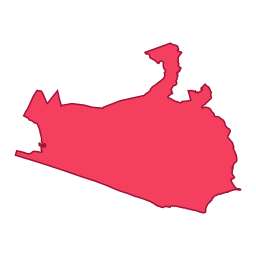 outline of Copala, Guerrero, Mexico
{"feature_id": "50627088B65029652077397", "entity_name": "Copala", "entity_type": "district", "adm_level": 2, "iso_a3": "MEX", "parent_name": "Mexico", "parent_adm1": "Guerrero", "projection": "orthographic", "projection_center": [-98.906, 16.624], "detail": "fine", "context": "isolated", "style": "filled", "palette": "rose", "viewbox_px": 256, "rotation_deg": 0, "n_neighbors": 0, "source": "geoboundaries", "source_scale": "gbopen_adm2", "svg_char_len": 5745}
<svg xmlns="http://www.w3.org/2000/svg" viewBox="0 0 256 256"><path d="M205.2,84.2L203.3,85.8L203.0,86.5L202.8,87.1L202.4,87.4L201.9,87.3L201.1,88.1L201.1,88.7L201.1,88.9L201.4,88.8L201.7,88.9L202.2,89.1L202.3,89.4L202.3,89.7L201.6,90.0L201.3,90.3L201.2,91.1L201.1,91.3L200.6,91.7L200.4,91.7L200.0,91.5L199.8,91.6L199.7,91.8L199.1,92.1L198.9,92.3L198.0,92.7L197.5,92.7L197.3,92.6L197.3,92.2L197.1,91.9L196.8,92.3L196.3,92.3L196.1,92.6L195.8,92.7L195.6,92.5L195.3,91.8L195.3,91.1L195.2,90.9L194.5,91.1L194.2,91.5L193.9,91.3L192.6,90.9L192.2,90.6L190.7,90.5L190.1,90.8L189.2,90.7L188.2,90.7L189.6,95.6L190.8,100.3L187.3,101.1L182.1,101.4L181.6,102.3L180.9,102.7L179.6,102.7L177.4,101.7L176.2,101.6L175.0,101.1L172.7,99.9L171.1,98.9L169.8,98.2L168.8,98.1L168.1,97.4L167.8,97.1L167.7,96.9L167.9,96.7L168.2,96.6L168.2,96.4L168.9,95.5L169.2,95.5L169.4,95.2L169.8,95.2L169.9,94.8L171.4,93.8L172.6,93.6L172.6,93.4L172.2,93.3L171.9,93.0L171.6,92.7L172.1,91.9L171.9,91.6L171.6,90.7L171.0,89.8L171.0,89.4L172.0,88.0L172.9,86.2L173.9,85.5L174.8,85.5L175.2,85.1L175.8,85.0L176.9,83.1L176.6,82.2L175.9,80.9L176.7,79.6L177.0,78.8L177.1,77.3L177.7,76.4L177.9,76.0L177.5,75.5L177.3,74.9L177.0,74.5L177.0,74.2L177.0,73.9L177.3,73.7L177.5,73.7L177.4,73.5L177.1,73.3L177.1,73.2L177.4,73.0L177.0,72.7L177.6,72.1L177.8,72.1L177.8,71.8L177.9,71.6L178.3,71.5L178.5,71.5L178.7,71.8L179.1,71.4L179.1,71.0L179.5,71.0L179.4,70.5L179.7,70.4L179.8,70.1L180.2,69.9L180.3,69.2L181.0,68.2L180.7,68.0L180.2,68.0L180.1,67.4L178.3,65.8L178.2,65.6L178.9,63.9L178.6,63.1L178.2,62.5L177.8,62.4L177.7,62.2L177.6,61.9L177.6,61.7L178.3,61.0L178.2,57.2L181.5,52.8L181.6,52.5L180.7,51.8L180.3,51.7L179.8,51.8L178.7,51.3L178.2,50.9L177.8,50.8L177.6,50.7L177.6,50.1L178.0,50.0L178.4,49.7L178.5,49.6L178.5,48.8L177.9,47.6L177.9,47.0L177.5,46.3L177.1,45.8L171.9,44.2L171.4,43.8L171.0,43.6L170.4,43.2L145.0,52.4L145.2,52.9L145.8,53.7L146.3,54.0L147.6,53.8L148.2,54.0L149.2,54.7L149.6,55.4L149.8,57.1L150.4,58.0L152.4,59.0L153.1,59.5L154.8,60.4L156.0,61.4L157.6,63.0L158.1,63.4L158.7,63.4L159.1,63.0L159.8,61.6L160.3,61.2L160.7,61.1L161.6,61.0L162.7,61.7L163.3,62.4L163.5,63.0L163.4,63.5L163.3,64.1L163.2,65.5L163.6,67.7L164.1,68.8L164.5,69.3L165.0,69.8L165.6,70.9L165.3,71.8L164.5,72.4L164.3,72.8L164.3,73.2L164.8,74.0L164.8,75.6L164.6,76.8L163.9,77.6L163.8,78.3L162.7,79.1L160.5,81.0L158.5,82.4L155.5,85.0L154.8,85.3L153.2,86.3L152.3,87.0L151.5,88.1L150.6,89.1L150.6,89.7L150.3,90.4L148.1,92.4L147.4,92.7L146.7,93.4L145.6,94.0L144.9,94.7L144.5,95.4L120.1,100.8L103.3,107.3L103.0,108.2L92.4,107.3L84.5,105.2L71.9,103.6L61.7,105.4L61.4,105.9L59.2,98.3L57.5,90.7L47.3,103.5L46.8,102.9L43.2,94.4L41.5,91.4L41.0,91.0L38.3,90.7L37.1,90.4L33.6,95.7L27.5,109.1L25.9,111.3L25.5,112.0L24.7,114.0L23.6,115.8L28.1,118.1L29.5,120.1L31.1,120.4L32.2,121.0L33.2,121.4L33.9,122.6L37.0,123.4L37.8,125.0L39.6,129.5L40.3,133.0L41.3,137.0L41.6,139.2L41.6,140.7L41.4,141.7L42.0,142.7L42.4,142.9L42.7,143.8L42.9,144.4L43.2,144.6L43.6,146.2L44.0,146.7L44.6,146.7L44.8,146.6L45.1,146.3L45.0,145.0L44.9,144.4L44.7,144.1L44.7,143.8L44.9,143.9L45.3,144.2L45.6,144.6L45.7,145.1L45.5,145.9L45.2,146.7L44.8,147.0L44.2,147.1L43.3,147.2L42.7,146.6L42.4,145.9L41.5,144.6L40.9,144.1L39.2,143.2L39.1,143.8L39.4,145.6L40.6,146.0L41.1,146.5L41.2,148.4L41.5,149.2L41.1,150.0L41.3,150.5L41.8,150.8L42.2,151.2L41.9,151.8L40.9,152.3L40.5,152.3L38.1,151.8L34.4,151.3L33.2,151.5L32.3,152.0L31.2,153.1L30.1,153.6L28.9,153.8L26.8,153.6L24.7,152.7L19.7,151.4L16.7,150.8L15.4,155.2L38.0,162.1L47.7,165.2L64.9,170.9L72.9,173.7L81.9,176.8L94.6,180.9L108.8,186.2L112.5,188.0L118.9,190.6L121.7,191.5L124.2,192.4L126.6,193.0L133.1,195.6L135.9,196.6L138.3,197.2L143.2,198.8L148.6,200.9L149.8,201.2L150.6,201.6L150.9,201.8L151.5,202.2L152.3,202.6L154.4,203.9L155.6,204.8L156.4,205.1L157.7,206.0L158.9,206.2L161.4,207.2L162.5,207.4L163.6,207.4L164.1,206.9L164.5,206.6L166.3,206.5L167.9,206.7L168.2,207.0L170.2,207.1L170.4,206.1L171.1,206.0L174.6,206.1L177.0,206.3L178.6,206.8L183.6,207.9L185.6,208.0L186.9,208.7L189.7,209.1L190.2,209.2L190.9,209.6L194.7,210.3L197.8,211.1L199.6,211.9L202.7,212.7L203.8,212.8L204.9,212.5L205.4,212.1L205.6,211.7L205.8,208.4L206.2,207.2L207.0,205.7L207.4,204.8L208.0,203.8L209.1,202.4L209.7,202.4L210.1,201.9L210.2,201.4L210.5,200.9L210.8,200.6L211.4,200.5L211.9,200.0L211.9,199.4L212.0,199.0L212.6,198.5L213.3,197.2L214.9,195.8L215.7,195.5L216.5,195.4L216.7,195.0L219.0,194.2L219.6,194.3L220.8,193.9L224.2,192.8L226.6,192.2L227.1,192.3L228.0,192.1L228.1,191.7L229.5,191.3L232.1,190.3L233.5,189.9L235.9,189.5L239.2,190.0L240.4,190.0L240.6,189.6L240.4,189.3L239.6,188.9L236.3,188.6L234.0,185.8L231.8,182.3L230.9,179.4L233.2,178.7L234.5,177.5L233.5,175.8L232.5,174.7L232.0,172.2L233.0,167.6L232.1,167.8L233.2,165.8L233.9,163.6L235.8,162.1L236.7,160.8L236.8,158.6L236.2,155.2L235.2,152.6L233.5,148.9L233.2,147.7L233.5,147.3L233.8,147.2L233.3,145.5L232.9,144.6L232.8,143.9L232.5,143.0L232.2,142.4L231.7,142.0L229.0,138.6L227.9,137.7L227.8,136.7L228.0,136.1L228.8,134.6L229.1,133.8L229.6,132.7L230.0,132.3L230.2,131.6L230.1,130.6L230.0,130.0L229.4,129.2L229.1,129.0L228.5,128.6L227.4,127.9L226.0,126.4L225.3,125.4L225.1,124.7L224.8,123.0L224.7,122.6L224.4,122.2L223.9,121.1L223.4,120.3L222.0,119.3L221.3,119.0L219.2,117.3L218.6,117.0L217.7,116.7L215.5,116.5L215.1,116.3L214.8,116.1L214.4,115.7L214.0,114.1L213.1,112.7L212.0,111.9L210.6,109.5L210.0,108.8L208.8,108.0L206.2,107.2L205.5,107.2L204.0,107.3L202.9,108.0L202.3,107.9L201.9,107.5L202.4,106.2L203.7,105.0L205.2,104.2L206.9,102.2L207.0,102.2L211.1,98.4L211.2,97.3L210.7,94.7L211.1,93.2L211.2,91.9L210.7,91.7L210.2,90.1L209.5,88.6L209.3,88.5L208.6,86.9L207.7,86.7L207.2,86.3L206.2,85.3L205.6,84.9L205.2,84.2Z" fill="#f43f5e" stroke="#9f1239" stroke-width="1.5"/></svg>